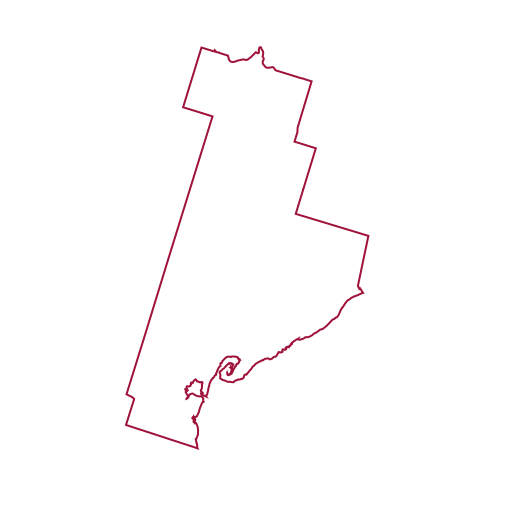 Barunga West, South Australia, Australia, rotated 197°
{"feature_id": "25037944B23405884319913", "entity_name": "Barunga West", "entity_type": "district", "adm_level": 2, "iso_a3": "AUS", "parent_name": "Australia", "parent_adm1": "South Australia", "projection": "albers", "projection_center": [137.906, -33.795], "detail": "fine", "context": "isolated", "style": "outline", "palette": "rose", "viewbox_px": 512, "rotation_deg": 197, "n_neighbors": 0, "source": "geoboundaries", "source_scale": "gbopen_adm2", "svg_char_len": 6047}
<svg xmlns="http://www.w3.org/2000/svg" viewBox="0 0 512 512"><g transform="rotate(197 256 256)"><path d="M255.6,55.0L256.3,55.9L257.2,58.4L257.7,59.4L258.1,59.5L258.8,60.8L259.1,61.7L259.6,62.5L259.6,63.2L260.0,63.4L259.6,63.9L259.3,68.5L260.5,72.7L261.5,74.9L263.1,77.3L264.4,78.6L265.6,79.1L265.7,78.8L265.3,78.2L265.5,78.1L266.0,78.7L266.8,78.9L267.4,79.3L267.4,79.6L266.6,79.7L266.6,80.1L266.8,80.4L266.3,80.5L266.1,80.8L266.3,81.8L266.5,82.2L266.9,82.4L267.6,82.3L267.9,82.6L267.9,83.1L268.2,82.8L268.6,82.7L268.8,83.2L268.9,82.5L268.3,82.2L268.4,81.7L269.5,82.3L269.2,83.6L268.9,84.0L266.3,84.6L265.9,85.0L265.6,85.8L265.0,90.4L265.2,93.4L264.7,99.3L264.2,101.0L263.5,101.0L263.4,101.2L263.9,101.9L264.6,103.2L264.6,104.1L265.6,105.1L267.1,105.7L268.1,105.6L269.1,105.2L270.9,104.9L273.8,105.2L275.6,105.8L276.6,105.9L278.5,104.7L279.1,103.8L279.3,102.3L279.7,102.8L279.9,102.7L280.0,102.3L279.6,101.6L279.7,100.8L280.2,99.6L280.8,98.9L280.9,99.0L280.5,99.7L280.1,101.0L280.2,102.1L280.4,102.5L281.3,103.3L283.5,105.3L283.3,105.9L282.4,106.8L282.2,107.2L284.7,107.6L284.8,107.8L284.7,108.0L283.7,108.0L282.9,108.5L283.9,109.6L284.1,110.6L283.9,111.3L282.2,111.5L280.9,112.4L280.5,114.2L281.0,114.5L281.1,115.3L281.0,115.9L280.3,116.4L279.5,116.1L279.3,116.2L279.0,118.5L278.5,119.5L277.6,120.4L277.0,120.0L275.7,118.8L274.8,119.1L272.4,118.7L271.4,119.6L270.9,119.7L270.4,119.5L270.0,118.9L270.1,117.1L269.5,115.6L269.1,113.5L269.1,112.7L269.5,111.8L269.5,111.3L269.2,110.7L267.3,109.8L266.9,109.5L266.7,109.0L266.8,108.6L267.1,108.5L268.4,108.9L268.5,108.5L268.3,108.2L267.7,107.8L265.7,107.4L262.5,107.0L263.3,107.7L262.9,108.1L262.2,109.2L262.4,110.9L262.4,112.8L262.8,115.3L262.9,118.9L263.1,119.8L262.6,123.9L262.2,125.1L261.7,125.9L261.7,126.7L261.1,127.3L260.7,128.0L260.7,128.8L260.4,129.7L260.0,130.3L259.4,130.8L259.9,132.1L259.5,133.3L259.6,134.5L259.3,136.6L259.2,136.9L259.2,137.5L258.9,138.8L257.8,140.5L258.4,141.9L258.5,143.2L257.7,143.5L257.4,144.0L257.4,145.6L257.3,146.0L256.9,146.6L255.8,148.9L254.4,150.9L252.7,151.8L251.3,152.1L250.4,152.0L249.6,152.9L247.0,153.6L245.2,153.9L244.1,153.9L243.7,153.2L243.1,153.0L242.8,152.7L241.6,152.6L240.9,151.9L241.1,151.8L242.3,152.0L241.2,151.1L241.1,150.3L241.3,149.6L241.2,149.3L241.8,148.1L241.7,147.8L242.5,147.4L242.8,146.9L243.0,146.9L243.1,146.4L242.9,145.1L243.1,144.9L243.4,144.9L243.7,144.2L243.7,143.1L244.2,141.8L244.3,140.6L244.6,140.1L244.5,139.9L244.5,139.2L244.9,136.4L245.5,135.6L246.7,134.7L247.0,134.2L247.7,133.9L248.3,134.0L248.9,134.6L249.2,135.5L249.4,135.7L249.4,135.8L248.4,134.4L247.7,134.3L246.9,135.0L246.1,136.5L245.9,137.4L246.2,141.2L246.3,141.2L246.5,140.9L246.7,141.2L246.5,141.4L247.6,141.7L247.3,141.9L247.7,142.2L247.7,142.4L247.2,142.3L246.6,141.5L246.4,141.7L246.4,142.1L246.9,142.3L247.1,142.6L246.8,142.5L246.6,142.6L246.4,142.3L246.3,143.3L246.4,143.6L246.1,143.8L246.2,144.5L246.3,144.8L246.2,145.1L246.9,145.3L246.6,145.4L246.6,145.7L246.8,145.8L246.7,145.9L247.3,146.1L249.4,146.2L249.9,145.9L249.8,145.7L250.0,145.4L250.5,145.4L250.9,145.0L251.4,144.1L250.4,145.2L250.1,145.3L250.0,145.2L251.3,144.0L252.4,142.4L252.7,141.5L252.0,141.4L253.0,141.1L253.9,138.9L254.7,138.2L256.1,135.4L256.5,135.1L256.6,134.6L256.8,134.6L256.4,133.3L255.7,132.6L255.1,131.3L254.9,130.6L255.0,130.2L254.4,128.4L252.3,128.0L251.6,127.7L248.7,127.8L246.9,127.4L245.1,127.7L244.3,128.1L242.8,128.2L240.5,128.7L239.9,130.1L239.2,131.0L238.4,131.3L238.0,131.8L237.4,132.0L237.1,132.6L236.7,132.9L235.5,133.0L234.6,133.9L233.8,134.0L233.3,134.8L232.8,135.0L232.2,136.2L232.4,137.7L232.1,139.1L231.7,139.5L230.8,139.5L230.2,140.2L230.1,141.2L229.6,141.8L228.6,144.5L227.7,146.2L226.6,149.6L225.7,150.6L225.3,151.8L224.7,152.9L222.5,155.4L221.7,156.0L221.2,156.6L220.8,156.7L220.6,157.1L220.0,157.8L219.4,158.0L219.3,158.3L218.7,158.4L218.6,158.8L217.3,160.3L214.3,161.7L212.5,161.2L210.8,162.3L210.3,163.4L209.3,164.8L208.9,165.1L208.4,165.1L207.9,165.5L207.4,166.2L207.1,167.0L206.3,170.7L205.2,170.9L204.9,170.7L204.5,170.8L202.8,171.8L202.6,172.3L203.2,172.9L203.2,174.4L202.9,174.6L200.9,174.7L200.7,175.2L200.2,175.4L200.3,175.8L199.9,176.0L199.9,176.6L200.7,176.8L200.3,177.8L199.2,178.5L197.8,178.4L197.8,178.8L198.0,179.4L197.5,179.7L197.4,180.4L196.8,180.5L196.7,182.4L195.9,182.5L195.9,182.8L196.4,183.2L196.4,183.5L195.4,184.5L194.9,185.6L194.1,186.3L193.5,187.3L192.3,188.5L192.1,188.5L191.5,189.2L191.6,188.5L190.8,188.6L190.7,188.8L189.8,188.6L189.0,189.3L187.6,189.9L185.7,191.7L185.0,192.8L182.8,193.5L181.1,194.6L179.0,196.8L178.7,197.5L177.6,199.0L176.0,200.4L175.4,201.4L174.7,202.0L173.1,204.4L172.7,204.7L172.0,204.9L171.3,205.3L169.1,208.2L168.5,209.3L167.8,210.3L167.2,211.6L166.6,212.4L166.4,213.2L165.4,214.9L165.0,216.1L163.8,218.0L162.7,218.7L161.7,220.5L160.7,221.0L159.8,223.5L159.5,225.7L159.1,229.7L158.6,231.2L158.5,231.9L158.0,232.6L156.7,237.3L155.7,239.8L155.1,240.7L154.3,241.4L153.5,242.4L152.6,243.8L150.3,246.0L147.5,248.1L144.0,251.3L142.8,252.0L147.2,255.6L147.6,254.8L149.8,257.1L154.4,308.1L230.3,307.9L230.3,333.1L230.5,333.6L230.3,333.7L230.3,376.5L252.6,376.6L252.6,386.6L253.7,390.7L253.9,439.3L260.9,439.3L262.9,439.5L263.6,439.3L266.0,439.2L291.7,439.3L293.7,441.0L294.4,441.4L295.4,441.5L299.3,439.5L300.3,439.3L301.7,439.3L302.7,439.8L305.6,441.8L306.0,442.7L306.4,443.9L306.4,444.6L306.1,446.0L306.2,446.6L306.6,447.5L308.0,448.7L308.2,451.2L308.4,452.3L309.7,454.4L310.7,455.0L311.3,455.6L312.0,456.8L312.5,457.0L313.4,456.7L313.6,456.5L313.7,455.8L313.5,453.6L312.7,451.6L312.8,451.0L313.1,450.6L313.5,450.4L314.0,450.4L315.1,450.8L315.7,450.8L316.2,450.3L316.8,448.6L317.8,447.0L318.9,444.8L321.5,441.3L322.6,440.6L324.5,440.5L326.4,439.9L331.3,437.1L333.3,435.4L335.2,434.6L336.7,434.5L337.7,434.8L338.7,435.4L339.5,436.2L341.3,439.4L350.2,439.5L350.6,439.8L351.1,439.8L351.6,439.5L354.2,439.5L354.4,440.0L355.6,440.7L355.6,439.4L369.1,439.4L369.2,376.9L338.4,376.8L339.0,225.4L339.1,141.8L339.4,85.9L332.9,84.8L330.7,83.7L330.9,56.4L255.6,55.0Z" fill="none" stroke="#9f1239" stroke-width="2"/></g></svg>